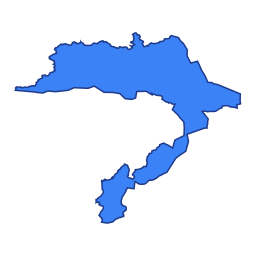 Ulaanxus, Bayan-Ölgiy, Mongolia (Natural Earth projection)
{"feature_id": "93677404B94457736933818", "entity_name": "Ulaanxus", "entity_type": "district", "adm_level": 2, "iso_a3": "MNG", "parent_name": "Mongolia", "parent_adm1": "Bayan-Ölgiy", "projection": "natural_earth1", "projection_center": [88.684, 48.89], "detail": "fine", "context": "isolated", "style": "filled", "palette": "blue", "viewbox_px": 256, "rotation_deg": 0, "n_neighbors": 0, "source": "geoboundaries", "source_scale": "gbopen_adm2", "svg_char_len": 5728}
<svg xmlns="http://www.w3.org/2000/svg" viewBox="0 0 256 256"><path d="M197.5,61.2L190.8,63.1L187.1,56.0L187.2,49.7L183.3,43.4L180.5,40.8L178.4,37.5L171.2,35.6L169.7,37.0L169.7,38.1L168.4,38.7L167.4,38.9L166.6,38.7L164.5,38.9L163.9,40.3L163.1,41.2L159.8,41.6L159.4,42.4L155.9,43.5L152.3,43.5L151.3,42.9L149.3,44.1L148.4,46.0L147.3,45.4L144.8,46.7L143.5,46.4L143.5,45.9L142.4,43.7L142.5,43.1L143.5,42.2L143.1,41.4L142.8,41.0L141.3,40.4L140.9,39.9L139.9,39.7L139.7,38.9L139.3,38.5L139.4,37.6L140.1,37.1L140.0,36.3L139.5,35.3L138.8,34.8L137.2,34.9L137.0,34.7L136.6,33.4L136.1,33.0L134.7,33.0L132.6,34.5L133.6,35.3L133.7,35.9L133.4,37.0L134.0,38.3L133.9,39.1L133.4,40.2L133.5,40.8L133.2,41.3L132.6,41.6L131.0,41.8L130.8,42.7L133.1,43.2L133.1,44.0L134.6,44.7L132.3,46.1L130.7,45.8L131.0,46.1L131.7,46.2L132.4,47.6L131.5,47.8L130.2,49.3L129.5,49.4L128.1,49.1L127.6,48.8L127.5,48.1L126.7,47.5L126.6,47.2L126.0,47.0L123.7,47.1L122.7,47.6L119.7,46.7L119.3,47.0L119.4,47.4L118.5,48.3L118.0,48.4L116.7,47.6L115.6,47.9L114.5,46.9L112.1,46.6L111.7,46.2L111.0,46.2L110.6,45.1L109.7,44.1L108.8,43.7L107.4,42.6L106.2,42.2L106.0,41.7L105.0,41.6L103.7,42.1L103.3,41.6L103.2,41.0L102.5,40.8L99.3,41.9L98.8,42.5L97.9,43.0L97.5,43.7L94.1,43.1L93.3,43.3L91.3,45.3L87.9,45.5L85.9,45.3L84.6,45.4L84.2,44.5L83.3,43.9L83.2,43.3L81.4,42.4L80.9,41.7L80.9,42.1L79.9,43.0L78.6,43.2L78.3,43.6L77.1,43.7L76.4,43.6L76.2,42.7L74.9,42.5L74.6,42.0L73.9,41.9L72.9,42.6L72.5,42.6L72.6,43.2L72.0,43.7L71.6,44.7L69.5,45.3L69.2,45.3L68.0,44.6L66.0,44.1L65.5,43.7L64.1,44.2L63.7,44.0L62.6,44.8L62.3,44.8L62.0,44.3L60.9,44.1L60.2,45.0L58.3,46.1L57.2,47.4L56.5,47.8L55.5,47.8L54.6,49.0L54.7,49.8L55.7,49.9L56.1,50.5L56.1,51.9L56.8,53.0L56.4,53.4L55.3,53.4L54.6,54.2L53.3,54.3L49.4,56.7L49.5,57.2L49.2,57.8L49.2,58.2L50.0,58.6L49.8,58.8L50.1,59.3L51.6,59.6L52.2,60.1L54.0,60.7L53.9,61.6L54.6,62.2L54.5,63.2L54.6,63.8L53.4,64.3L54.6,65.0L55.1,65.7L55.1,66.2L54.6,67.0L53.8,67.2L54.7,68.5L54.3,69.7L55.1,70.1L54.9,70.7L53.3,71.5L52.8,72.2L50.2,72.6L49.9,73.4L48.1,75.8L45.7,75.9L45.2,75.4L45.3,75.1L43.2,75.2L42.1,75.6L42.0,75.8L42.0,76.4L42.3,76.6L42.6,77.7L42.4,78.0L39.2,79.3L38.1,80.0L38.1,80.5L38.4,80.8L37.7,81.1L36.9,82.4L36.2,82.5L36.2,83.2L36.5,83.7L34.8,86.2L33.6,85.7L32.3,86.0L31.3,85.8L30.4,86.5L28.8,86.5L28.5,86.7L28.3,87.2L27.3,87.6L25.5,87.0L24.2,87.1L23.2,87.7L22.2,87.8L20.7,86.9L19.6,87.2L16.5,86.9L15.5,88.0L16.1,88.6L15.6,90.0L15.4,90.3L35.6,92.1L36.3,92.4L43.0,93.0L47.8,91.0L55.4,91.7L68.1,90.3L74.2,87.7L88.1,88.3L94.3,86.1L104.0,92.3L113.2,92.5L119.9,93.6L125.2,98.7L131.8,99.4L135.6,98.0L136.7,91.5L146.1,91.3L152.0,94.8L151.9,93.3L153.7,94.3L157.9,95.5L160.7,95.6L161.8,96.3L162.3,96.9L162.5,98.0L162.0,99.0L162.0,99.4L163.3,99.8L163.9,100.5L166.2,102.0L167.9,102.2L168.6,103.1L169.6,102.5L170.2,102.6L171.2,103.2L171.6,103.7L173.4,104.2L175.0,104.2L172.4,109.6L178.6,115.7L179.5,117.2L183.8,121.9L184.3,127.5L184.0,135.6L174.9,140.1L172.6,148.0L168.7,145.5L163.6,143.1L159.7,144.7L159.6,146.1L158.1,147.0L156.7,148.1L156.6,148.8L155.8,149.9L154.0,150.1L152.0,150.9L151.8,151.2L151.9,152.2L151.3,153.1L150.9,153.4L149.4,153.4L148.8,154.2L149.0,154.8L148.5,155.8L147.3,156.4L146.9,159.4L146.5,160.1L146.8,161.0L147.0,161.2L146.9,162.1L147.3,162.8L147.3,163.6L146.3,165.2L146.5,166.6L143.7,166.5L142.2,167.9L140.4,168.8L138.0,169.4L135.2,169.7L135.4,170.9L132.5,174.2L132.6,174.9L133.0,175.4L134.5,176.3L134.5,177.0L133.9,178.0L133.0,179.0L132.2,179.2L131.8,178.7L130.7,178.1L129.0,177.9L127.5,176.6L127.7,175.8L128.4,175.2L128.3,174.5L128.5,173.9L128.3,173.4L128.6,172.1L129.2,170.7L128.9,169.7L129.0,168.6L128.4,167.8L127.9,166.3L127.2,165.1L126.1,165.0L124.8,164.0L124.5,164.1L123.6,165.9L122.2,166.3L121.0,167.6L120.8,168.2L120.1,168.8L119.9,169.4L119.6,169.5L119.8,169.2L118.9,169.8L118.4,170.8L117.7,170.9L117.7,172.0L117.4,172.8L115.9,173.6L115.0,174.7L114.4,175.3L113.7,177.5L113.1,177.9L112.5,178.6L111.9,178.6L112.7,177.1L112.5,176.9L111.7,178.0L111.6,178.6L109.3,179.9L106.2,180.2L105.7,179.9L105.9,179.7L105.7,179.5L104.9,180.3L104.3,180.1L104.2,179.7L103.9,180.1L104.4,180.5L103.5,180.9L102.9,181.0L101.8,180.5L101.5,181.9L102.0,182.8L102.0,187.0L102.5,188.0L102.1,189.1L102.2,189.5L103.3,190.6L103.4,192.2L102.4,194.2L100.7,196.2L99.2,197.2L97.0,199.2L96.1,199.4L96.1,202.6L97.0,201.7L97.9,202.4L99.6,202.5L99.0,204.3L99.1,204.7L100.0,204.8L100.2,205.4L100.8,205.8L101.7,205.6L103.1,206.3L103.2,207.0L103.5,207.5L103.0,209.1L101.8,210.9L100.9,211.6L100.4,213.1L99.0,215.2L100.9,217.5L101.5,217.8L101.6,218.8L102.5,219.4L102.2,220.2L102.2,220.8L101.5,222.1L106.2,223.0L109.1,222.8L111.2,222.1L111.9,222.2L112.2,221.9L113.3,221.5L116.0,218.8L117.3,218.7L118.1,218.3L118.7,217.5L120.6,217.5L122.3,216.6L123.6,216.6L123.7,216.1L123.4,216.0L123.7,215.6L123.8,214.9L123.1,214.1L122.9,213.0L124.8,210.8L126.0,210.4L126.3,208.2L126.0,207.2L125.7,206.7L124.5,206.0L123.5,206.0L121.8,204.7L121.7,204.5L122.0,204.4L121.1,202.9L121.3,202.3L121.2,201.2L122.1,197.3L125.3,192.3L127.4,187.8L134.0,188.8L134.9,181.6L136.2,182.1L138.2,183.6L140.6,184.3L144.2,184.1L145.7,183.5L147.1,182.0L149.0,180.4L149.9,180.0L151.5,180.3L154.6,179.3L154.7,178.9L156.5,178.2L158.3,176.4L166.9,172.2L175.7,158.4L178.5,156.1L185.8,151.2L188.5,141.4L187.0,134.3L204.4,128.1L207.1,128.0L206.9,126.7L207.1,126.2L207.2,125.1L207.6,124.3L207.7,123.6L207.5,122.5L208.2,119.0L202.2,111.4L204.6,111.1L207.4,111.7L210.3,111.4L213.6,111.5L215.6,111.2L217.2,110.3L219.0,108.9L221.9,107.9L222.1,106.3L224.5,105.7L228.4,105.8L230.2,106.9L233.4,107.3L234.9,107.2L235.8,107.8L237.2,108.1L236.9,104.8L240.6,103.8L240.1,101.1L240.3,93.9L217.5,84.5L214.1,83.9L211.8,82.6L207.8,82.3L205.2,76.1L201.2,69.6L200.5,67.6L197.5,61.2Z" fill="#3b82f6" stroke="#1e3a8a" stroke-width="1.5"/></svg>